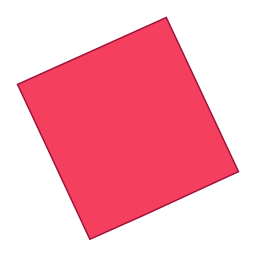 the district of Ellis, Kansas, United States of America, rotated 65°
{"feature_id": "52423323B59863031323123", "entity_name": "Ellis", "entity_type": "district", "adm_level": 2, "iso_a3": "USA", "parent_name": "United States of America", "parent_adm1": "Kansas", "projection": "robinson", "projection_center": [-99.256, 38.915], "detail": "fine", "context": "isolated", "style": "filled", "palette": "rose", "viewbox_px": 256, "rotation_deg": 65, "n_neighbors": 0, "source": "geoboundaries", "source_scale": "gbopen_adm2", "svg_char_len": 284}
<svg xmlns="http://www.w3.org/2000/svg" viewBox="0 0 256 256"><g transform="rotate(65 128 128)"><path d="M212.7,209.6L213.7,150.0L214.2,46.3L211.1,46.3L44.0,46.6L41.8,209.7L45.9,209.7L127.3,209.6L147.8,209.6L212.7,209.6Z" fill="#f43f5e" stroke="#9f1239" stroke-width="1.5"/></g></svg>